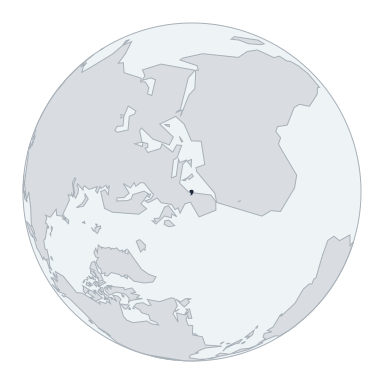 Gerona on an orthographic globe, rotated 244°
{"feature_id": "ESP-5820", "entity_name": "Gerona", "entity_type": "Autonomous Community", "adm_level": 1, "iso_a3": "ESP", "parent_name": "Spain", "parent_adm1": "", "projection": "orthographic", "projection_center": [2.529, 42.07], "detail": "fine", "context": "on_globe", "style": "filled", "palette": "slate", "viewbox_px": 384, "rotation_deg": 244, "n_neighbors": 0, "source": "natural_earth", "source_scale": "10m", "svg_char_len": 10646}
<svg xmlns="http://www.w3.org/2000/svg" viewBox="0 0 384 384"><g transform="rotate(244 192 192)"><circle cx="192" cy="192" r="169" fill="#eef3f6" stroke="#a8b0b8"/><path d="M53.7,95.0L59.4,87.2L59.4,87.4L69.1,76.4L75.6,69.8L89.0,59.0L102.3,52.9L97.9,55.8L101.6,54.3L107.3,50.8L110.2,48.8L130.7,42.0L150.5,34.9L154.4,32.0L155.3,33.5L161.2,28.2L170.4,25.7L161.4,29.0L161.6,29.8L168.5,28.1L170.2,28.7L174.5,28.3L175.9,29.3L170.5,31.6L171.3,32.3L176.2,31.2L180.7,31.7L173.4,33.2L180.4,34.4L172.7,39.3L152.1,44.2L149.2,49.1L131.5,60.3L134.5,60.6L129.6,65.6L131.3,67.9L127.5,69.7L132.1,70.1L135.2,68.0L138.2,67.6L139.4,68.9L134.9,71.3L133.6,71.0L132.9,72.4L130.1,73.1L132.2,73.5L126.5,76.5L133.9,75.6L130.9,79.7L126.7,81.1L124.8,78.3L110.4,75.9L105.5,77.2L100.5,81.5L95.8,94.9L91.4,97.8L87.1,103.6L90.5,103.0L95.2,98.4L100.5,99.2L105.6,93.8L108.5,93.5L114.6,89.5L116.0,93.1L114.2,99.1L109.2,102.8L108.3,105.6L115.0,104.8L107.6,114.8L106.0,127.1L103.9,129.6L96.1,128.9L91.1,121.6L81.1,122.4L90.0,125.2L84.4,132.0L84.5,134.7L86.2,136.4L89.3,135.2L87.9,138.5L78.5,136.5L79.7,133.5L82.6,134.0L80.2,130.8L73.9,130.2L71.6,134.1L64.4,130.3L62.7,133.2L60.2,134.2L63.4,129.7L57.4,137.8L48.7,136.9L40.3,151.2L45.9,135.8L46.3,130.4L46.0,125.4L44.5,127.5L46.2,118.9L44.2,117.0L38.4,125.2L33.8,135.8L32.5,144.1L34.5,141.9L34.8,146.7L29.5,154.9L29.4,166.7L26.5,174.9L25.8,182.6L27.0,186.4L27.8,193.8L30.2,192.1L33.2,194.9L31.4,202.6L34.5,198.9L35.2,205.8L42.3,216.7L41.3,217.6L46.9,235.8L55.9,249.4L58.0,257.1L56.7,259.3L60.4,263.5L60.5,265.8L78.0,281.6L89.0,293.0L90.0,300.1L83.6,303.3L84.2,315.1L74.3,310.5L76.1,314.1L75.8,314.7L66.7,305.3L58.3,295.3L50.7,284.6L43.9,273.4L38.1,261.7L33.1,249.5L29.2,237.1L26.2,224.3L25.0,217.6L24.7,213.0L24.2,207.2L26.2,203.9L27.0,191.9L26.7,187.9L25.5,189.1L25.7,173.9L27.6,163.1L37.8,123.0L41.0,116.3L44.3,110.2L64.4,81.8L48.0,103.7L51.9,97.6L53.7,95.0ZM37.7,155.2L37.8,172.9L35.4,167.4L36.2,167.4L36.7,161.8L36.8,154.1L35.4,149.8L37.7,155.2ZM43.0,152.9L42.8,150.4L43.4,152.3L43.0,152.9ZM111.2,48.0L107.3,50.7L101.5,53.9L104.6,51.5L111.2,48.0ZM122.5,42.9L121.1,44.1L117.1,45.0L119.1,44.0L122.5,42.9ZM156.8,30.1L153.3,31.3L156.1,30.0L156.8,30.1ZM174.9,28.1L175.4,27.7L177.4,27.8L174.9,28.1ZM113.3,87.8L113.9,88.6L112.5,88.9L113.3,87.8ZM115.4,85.4L113.3,85.2L114.0,84.0L115.3,84.1L115.4,85.4ZM181.4,29.3L184.5,29.7L180.4,29.7L181.4,29.3ZM117.8,86.0L115.5,81.9L116.7,79.9L122.6,78.9L117.8,86.0ZM185.8,30.2L193.5,31.5L195.2,30.5L194.7,34.3L188.3,31.8L182.9,31.8L186.0,31.0L185.8,30.2ZM135.6,66.9L132.4,69.1L133.9,66.1L135.6,66.9ZM135.9,65.1L136.4,57.2L141.8,54.8L140.5,57.8L146.6,54.1L149.1,56.7L146.2,59.4L142.2,60.3L146.2,60.7L135.9,65.1ZM193.2,36.4L194.2,37.2L192.1,36.9L193.2,36.4ZM139.5,67.2L139.1,65.7L143.8,63.5L145.5,66.1L143.4,66.0L139.5,67.2ZM147.1,51.9L150.8,50.9L153.8,52.7L155.7,52.6L149.6,56.6L147.1,51.9ZM143.0,67.1L146.2,67.6L145.1,69.9L140.2,68.6L143.0,67.1ZM144.4,61.9L146.6,61.0L145.9,62.3L144.4,61.9ZM143.1,78.7L142.5,76.7L144.9,75.3L143.1,78.7ZM147.4,67.6L147.8,66.8L148.6,66.1L150.5,66.9L147.4,67.6ZM152.1,57.7L152.6,58.8L154.8,56.2L157.1,57.7L152.6,60.1L155.5,59.7L156.2,60.2L151.8,61.7L152.1,57.7ZM154.9,65.7L150.0,69.7L150.6,73.5L148.4,74.8L148.0,68.4L154.9,65.7ZM153.5,63.2L153.9,65.0L151.1,65.5L149.0,64.6L153.5,63.2ZM160.3,57.8L157.9,54.9L158.9,54.5L160.3,57.8ZM155.7,66.6L156.8,65.7L156.0,66.8L155.7,66.6ZM159.5,60.4L158.5,59.3L159.7,58.9L159.5,60.4ZM160.0,64.7L158.4,65.9L157.0,65.3L160.0,64.7ZM160.2,62.6L162.2,62.3L157.4,64.3L159.6,62.2L160.2,62.6ZM160.8,60.1L161.2,59.5L161.1,60.6L160.8,60.1ZM166.4,66.6L160.7,69.3L157.6,67.9L163.5,65.3L166.4,66.6ZM337.0,105.3L341.4,113.2L342.7,115.7L342.9,116.6L346.7,125.0L348.5,128.2L354.9,147.1L354.9,148.4L357.6,158.8L357.7,159.0L358.5,163.4L358.5,163.6L356.6,155.1L353.1,146.7L354.3,154.2L352.4,149.4L347.8,145.5L348.5,156.2L350.8,180.7L354.2,193.9L353.6,203.6L345.6,192.9L340.0,182.2L338.3,187.0L329.0,183.2L316.5,196.2L313.6,194.0L311.5,198.2L304.7,199.0L299.9,195.0L296.3,198.1L308.9,208.4L312.6,205.1L314.2,196.1L317.1,200.7L323.5,201.0L320.5,220.3L300.1,248.0L296.2,238.7L271.2,217.6L271.0,213.8L270.8,213.4L270.4,212.8L270.0,219.4L265.0,214.7L280.4,231.7L283.7,239.9L299.8,248.8L298.7,251.2L303.4,251.9L315.9,239.1L316.4,242.5L311.6,262.3L292.6,292.7L294.1,303.1L291.0,313.0L276.9,324.5L275.8,330.0L268.2,334.7L266.2,337.8L258.8,342.8L247.3,348.3L230.2,352.5L230.9,350.6L225.0,347.4L217.6,335.1L223.8,326.8L223.0,320.7L210.4,306.9L213.3,297.4L209.5,293.8L201.9,295.4L197.3,290.8L192.5,290.9L161.3,293.5L150.7,286.0L135.7,262.9L140.6,255.0L139.7,244.3L171.8,209.6L180.7,212.0L208.3,205.2L212.1,206.2L211.1,215.5L233.6,222.5L238.2,213.9L256.4,214.7L267.1,210.5L267.1,192.8L249.5,199.3L244.3,192.3L256.6,180.1L271.6,174.7L270.1,171.8L258.8,168.9L260.4,161.6L254.6,167.4L258.3,169.5L254.9,173.4L251.3,171.8L252.0,169.1L246.9,169.5L244.9,182.6L248.4,186.2L236.3,192.1L241.0,198.8L238.4,203.2L229.4,193.6L228.9,189.3L213.7,179.8L213.2,184.8L227.5,194.3L223.8,194.1L223.2,201.5L220.8,195.8L205.4,184.7L193.2,189.0L181.0,207.6L173.2,209.2L165.2,205.5L166.5,187.4L183.7,186.1L184.4,180.2L178.2,172.0L183.9,172.5L183.5,169.1L189.7,168.3L195.9,159.6L201.8,158.1L201.6,147.8L204.6,145.8L203.9,152.3L206.5,156.3L221.0,152.9L223.0,150.2L221.7,144.0L225.8,144.1L222.7,138.5L229.8,133.9L218.6,135.0L216.8,128.3L219.6,122.1L217.0,120.3L212.4,130.5L212.4,134.5L215.6,137.5L213.8,149.3L209.4,152.1L203.7,140.9L196.8,143.9L195.4,134.4L208.7,111.7L215.6,106.2L232.4,110.1L232.3,114.7L226.2,115.5L234.2,120.5L232.4,117.3L235.8,117.6L235.0,111.8L237.3,111.8L232.4,106.5L235.3,105.8L238.3,109.2L239.5,100.6L244.7,98.0L243.8,96.2L241.4,94.9L249.6,92.8L248.6,91.6L245.5,91.7L241.4,89.4L237.5,84.7L240.6,84.2L242.4,85.9L250.8,88.8L255.2,93.6L256.1,93.0L253.0,88.8L242.7,85.1L239.5,82.4L244.4,83.5L242.4,82.9L241.7,81.4L243.9,79.7L238.5,78.3L227.2,64.5L230.4,60.2L236.1,62.4L231.4,53.6L235.4,50.2L232.5,50.3L228.4,46.6L227.1,47.6L225.4,47.4L214.1,39.5L213.8,37.6L205.8,35.1L204.3,35.2L204.0,36.4L194.7,34.3L195.2,30.5L198.5,30.3L196.5,28.4L204.3,28.5L209.9,28.0L219.6,29.8L223.2,29.5L222.0,28.9L225.9,28.4L238.2,30.4L233.5,31.6L216.1,31.1L223.7,31.3L223.5,32.3L227.2,33.1L232.4,33.4L232.0,32.8L248.3,40.0L263.8,45.4L259.0,41.5L260.1,40.6L273.5,45.4L298.4,61.9L300.2,62.4L303.1,64.7L307.6,69.0L303.6,65.6L304.5,67.1L301.5,64.9L307.5,71.2L303.5,68.2L310.2,74.9L312.2,75.8L308.4,71.0L315.9,78.6L317.3,78.9L321.8,83.9L329.8,94.3L337.0,105.3ZM163.2,228.8L162.9,232.1L163.2,228.8ZM289.4,177.1L297.2,172.4L290.4,164.5L292.8,162.2L289.7,160.5L289.9,164.0L281.6,158.9L283.8,153.6L281.2,149.7L278.4,151.1L275.8,161.7L287.6,168.9L287.2,174.3L289.4,177.1ZM42.5,217.0L43.2,219.8L41.9,218.0L42.5,217.0ZM33.8,169.6L34.4,172.1L34.3,174.5L33.6,173.1L33.8,169.6ZM41.8,189.5L43.1,192.8L41.2,190.7L41.8,189.5ZM38.1,175.5L40.7,187.2L37.2,184.0L35.7,176.7L37.5,179.9L38.1,175.5ZM40.3,156.1L40.4,158.1L39.5,159.0L40.3,156.1ZM43.4,154.3L43.2,153.8L43.7,151.9L43.4,154.3ZM85.0,132.1L85.7,132.4L86.9,134.6L85.2,134.6L85.0,132.1ZM98.9,139.6L96.3,144.7L97.0,140.9L94.1,141.5L92.0,134.6L102.7,130.5L98.2,133.5L98.9,139.6ZM92.2,124.8L92.3,129.3L91.7,124.6L92.2,124.8ZM175.1,152.8L178.0,154.8L176.9,158.8L169.4,161.7L170.9,155.9L175.1,152.8ZM182.5,156.8L179.0,145.5L183.5,143.6L181.6,146.5L184.9,146.3L182.7,151.1L190.5,160.7L190.0,164.9L176.4,167.5L181.1,164.2L177.9,162.2L182.5,156.8ZM162.0,123.5L160.5,119.5L172.2,120.3L172.2,124.0L164.8,126.9L160.3,124.2L162.0,123.5ZM128.7,85.4L127.3,84.5L128.6,83.7L130.8,83.9L128.7,85.4ZM142.6,77.8L135.8,88.9L133.9,88.3L132.1,95.9L126.5,97.4L127.9,92.4L122.2,99.5L121.2,95.6L117.9,100.7L121.5,89.2L120.3,86.3L123.8,88.9L128.9,87.5L130.8,86.0L135.3,79.7L135.4,73.0L140.5,70.9L144.1,71.2L144.9,72.5L141.3,73.4L144.9,74.4L140.3,76.8L142.6,77.8ZM183.5,80.7L179.0,80.4L185.5,84.6L180.9,86.2L182.0,86.6L179.5,89.4L178.4,93.6L176.0,93.9L176.6,95.4L174.9,97.4L174.9,99.7L170.7,101.1L170.3,104.0L168.5,103.0L169.0,107.8L166.7,104.9L164.4,107.5L167.8,109.0L144.7,112.7L136.8,117.1L131.5,122.5L128.2,117.3L131.2,109.1L137.4,100.6L145.4,97.4L142.5,95.8L145.5,93.9L146.6,95.9L146.7,91.6L149.5,90.7L155.0,84.2L153.5,79.1L155.5,76.8L157.5,78.4L158.1,75.0L163.1,76.4L164.7,74.9L171.2,75.0L174.1,79.1L175.6,77.1L180.6,77.3L183.5,80.7ZM168.2,66.7L172.7,70.8L172.5,73.9L161.2,72.6L159.1,73.8L151.9,73.5L152.5,69.1L154.5,69.6L156.6,69.0L155.6,70.6L157.9,69.0L160.8,69.6L163.4,68.6L164.1,70.1L168.2,66.7ZM215.2,202.3L217.9,202.2L221.8,201.0L221.5,205.9L215.2,202.3ZM204.5,194.9L206.8,194.0L208.3,199.8L205.5,200.1L204.5,194.9ZM206.8,188.6L206.8,193.5L205.1,191.0L206.8,188.6ZM205.8,151.3L208.1,150.1L208.8,151.4L208.2,153.9L205.8,151.3ZM201.7,94.9L199.2,93.9L199.5,92.9L196.2,88.8L199.3,87.4L202.5,89.4L201.7,94.9ZM264.8,196.8L262.5,201.2L260.5,200.3L261.7,199.0L264.8,196.8ZM241.6,204.5L247.5,205.0L241.4,205.8L241.6,204.5ZM204.5,92.7L202.8,91.1L205.4,91.4L204.5,92.7ZM201.4,86.2L204.3,86.2L199.3,86.8L201.4,86.2ZM313.1,298.1L299.5,318.0L293.5,321.8L294.2,318.6L300.4,307.9L308.0,300.8L312.2,294.1L313.1,298.1ZM360.2,175.5L360.0,174.6L359.7,171.1L360.2,175.5ZM354.6,194.5L356.9,199.1L356.3,202.7L354.6,194.5ZM344.4,119.1L345.9,122.4L345.1,120.8L342.7,115.6L344.3,118.9L344.4,119.1ZM228.6,81.3L229.9,88.4L232.8,93.2L237.7,95.0L231.3,95.7L226.8,88.3L228.6,81.3ZM227.1,66.5L222.8,65.3L224.2,64.1L225.4,64.2L227.1,66.5ZM224.8,67.0L220.3,68.8L217.7,67.0L221.7,65.9L224.8,67.0ZM212.6,80.2L212.7,82.4L210.6,82.0L212.6,80.2ZM281.4,48.6L279.0,47.2L275.4,45.1L276.7,45.8L281.4,48.6ZM277.5,46.4L268.9,42.2L265.0,39.8L266.0,40.2L271.6,43.0L273.4,44.1L277.5,46.4ZM265.7,40.6L267.3,41.7L258.0,40.3L255.1,39.4L260.1,38.7L261.9,39.8L264.8,40.8L265.7,40.6ZM195.6,36.7L194.4,37.2L194.4,36.4L195.6,36.7ZM224.8,48.0L222.5,47.6L222.7,46.5L224.8,48.0ZM216.3,45.9L217.7,47.4L214.9,46.0L216.3,45.9ZM221.0,50.9L217.6,48.1L222.7,50.5L221.0,50.9Z" fill="#d9dde1" stroke="#a8b0b8" stroke-width="1"/><path d="M190.2,190.7L190.3,190.8L190.6,190.9L190.7,191.0L190.8,191.1L191.0,191.2L191.4,190.9L191.5,190.9L191.5,191.0L191.8,191.1L192.0,191.2L192.3,191.2L192.2,191.1L192.3,191.1L192.5,191.0L192.7,190.9L192.8,190.9L193.0,190.8L193.3,190.9L193.4,191.0L193.5,191.2L193.7,191.3L193.6,191.5L193.4,191.5L193.4,191.4L193.3,191.5L193.3,191.8L193.5,191.9L193.5,192.0L193.5,192.3L193.5,192.5L193.4,192.6L193.2,192.7L193.2,192.8L192.9,193.0L192.7,193.1L192.4,192.9L192.3,193.0L192.2,193.0L191.8,192.8L191.7,192.8L191.6,192.7L191.8,192.5L191.9,192.4L191.9,192.2L191.7,192.0L191.6,191.8L191.3,191.8L191.2,191.8L191.0,191.7L190.9,191.6L190.9,191.4L190.7,191.3L190.5,191.2L190.4,191.1L190.3,190.9L190.2,190.8L190.2,190.7ZM190.8,190.8L190.7,190.9L190.8,190.8L190.8,190.8Z" fill="#64748b" stroke="#1e293b" stroke-width="1.5"/></g></svg>